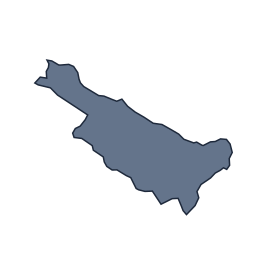 outline of Naryn, Naryn, Kyrgyzstan, rotated 214°
{"feature_id": "92254566B90021194946204", "entity_name": "Naryn", "entity_type": "district", "adm_level": 2, "iso_a3": "KGZ", "parent_name": "Kyrgyzstan", "parent_adm1": "Naryn", "projection": "albers", "projection_center": [76.24, 41.45], "detail": "fine", "context": "isolated", "style": "filled", "palette": "slate", "viewbox_px": 256, "rotation_deg": 214, "n_neighbors": 0, "source": "geoboundaries", "source_scale": "gbopen_adm2", "svg_char_len": 1108}
<svg xmlns="http://www.w3.org/2000/svg" viewBox="0 0 256 256"><g transform="rotate(214 128 128)"><path d="M82.6,151.3L91.9,150.7L101.8,149.9L109.8,146.0L120.6,145.9L131.0,145.2L140.5,145.8L149.2,148.5L152.3,143.9L157.1,142.8L165.8,141.0L169.7,138.9L170.3,138.5L187.9,137.6L192.6,138.8L192.8,138.9L195.9,141.1L200.6,145.8L207.5,148.6L212.7,147.6L219.2,142.4L220.7,141.5L228.6,141.0L233.1,139.0L229.5,137.0L227.8,133.6L227.4,129.2L223.3,123.9L229.2,121.1L230.4,113.2L226.6,113.5L214.8,117.9L204.8,115.9L188.6,116.1L168.7,116.3L168.1,110.9L168.7,102.8L171.4,98.1L171.0,92.8L167.4,90.0L160.5,93.5L147.8,93.4L144.3,90.2L132.3,90.2L128.7,86.6L124.1,84.3L117.7,84.3L113.7,87.1L102.7,87.6L98.0,88.4L87.4,82.4L84.6,82.7L78.5,84.9L72.5,89.3L58.0,83.3L51.9,94.1L47.1,97.7L40.1,93.1L36.1,90.3L31.1,88.9L29.0,101.2L30.3,109.7L35.3,113.9L35.9,122.0L31.6,132.8L30.5,139.4L27.8,144.7L26.6,148.4L23.0,148.9L22.9,153.9L27.0,159.3L27.9,166.0L34.4,171.8L40.0,173.6L45.2,170.7L48.1,165.6L51.9,162.6L55.8,155.6L56.9,155.1L63.2,154.7L65.2,152.4L75.4,149.9L82.6,151.3Z" fill="#64748b" stroke="#1e293b" stroke-width="1.5"/></g></svg>